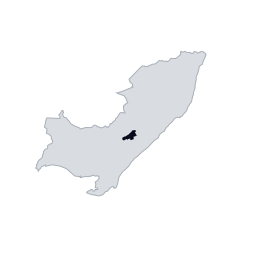 Leoncio Prado, Huánuco, Peru (highlighted), rotated 247°
{"feature_id": "86281439B17589046188801", "entity_name": "Leoncio Prado", "entity_type": "district", "adm_level": 2, "iso_a3": "PER", "parent_name": "Peru", "parent_adm1": "Huánuco", "projection": "equal_earth", "projection_center": [-76.069, -8.961], "detail": "fine", "context": "in_parent", "style": "filled", "palette": "ink", "viewbox_px": 256, "rotation_deg": 247, "n_neighbors": 0, "source": "geoboundaries", "source_scale": "gbopen_adm2", "svg_char_len": 6157}
<svg xmlns="http://www.w3.org/2000/svg" viewBox="0 0 256 256"><g transform="rotate(247 128 128)"><path d="M169.7,74.0L169.7,74.7L169.0,75.1L168.4,74.5L167.5,74.7L166.1,73.0L162.9,73.3L161.4,75.2L159.3,75.7L156.9,76.6L154.3,76.9L150.1,80.1L149.2,81.3L147.3,83.2L145.7,83.8L144.9,89.4L143.4,92.7L142.8,94.6L143.7,97.3L143.6,98.6L142.8,99.7L142.1,99.8L140.7,101.0L138.5,103.5L138.2,105.4L138.8,107.9L138.6,108.2L136.8,108.7L136.9,110.1L136.5,110.6L138.0,112.7L138.8,113.1L138.9,113.7L138.7,114.2L138.4,114.4L138.4,114.8L139.4,116.3L140.2,119.4L141.8,120.8L141.8,121.8L142.2,122.7L143.0,123.5L144.9,126.5L144.9,127.9L143.0,131.1L146.2,131.1L149.7,132.2L150.2,132.7L150.7,134.1L150.7,135.1L151.4,135.8L151.3,137.6L156.0,137.6L159.0,137.2L164.0,131.8L164.8,131.4L164.3,132.5L164.3,133.4L164.5,134.3L164.0,135.6L163.8,148.6L164.7,147.9L165.9,149.2L166.7,149.2L169.4,147.8L172.5,148.0L179.6,165.0L179.0,166.1L179.0,167.0L178.1,167.7L177.2,169.1L177.1,175.8L176.3,177.9L176.7,178.9L177.1,181.1L177.8,182.4L177.9,183.2L177.8,183.5L176.8,184.2L176.8,185.5L174.9,187.8L174.6,189.5L173.9,190.0L173.8,191.8L175.4,194.8L174.3,196.6L173.3,199.2L174.9,204.7L175.5,205.5L176.2,205.5L177.3,205.9L177.9,206.8L176.5,207.8L176.3,208.3L176.4,210.1L174.9,211.4L173.0,214.9L172.4,215.1L171.5,216.1L171.3,216.6L171.4,217.1L172.3,218.1L172.3,219.4L170.9,220.9L169.9,221.1L169.6,221.5L169.9,223.6L169.9,224.6L169.6,225.7L168.9,226.9L166.8,228.2L164.9,228.5L161.8,225.3L160.8,224.0L157.6,221.3L157.2,218.5L156.1,217.1L154.2,216.1L152.6,214.6L151.5,214.0L148.6,210.8L146.0,209.8L141.1,206.4L138.5,205.3L135.1,202.1L133.3,201.3L131.8,199.8L127.4,196.7L126.7,195.7L126.0,194.2L125.0,193.2L123.9,191.1L122.3,189.9L120.7,188.2L118.8,183.8L117.8,182.8L117.8,180.8L117.1,179.8L118.1,179.2L118.7,176.1L118.4,174.5L116.1,170.3L115.7,168.5L114.0,165.3L113.4,163.3L112.1,161.9L111.5,160.7L110.8,160.1L110.8,158.6L110.2,155.8L109.5,154.4L106.9,151.7L106.6,148.8L106.0,146.7L102.3,138.5L100.2,130.6L98.4,126.2L97.7,123.7L97.6,122.3L96.2,120.0L95.5,117.9L92.5,113.7L90.8,109.1L90.5,107.8L89.4,105.2L87.4,102.0L86.5,100.6L80.7,96.6L78.0,94.1L77.7,92.8L77.8,92.1L78.4,91.4L79.2,91.9L79.7,91.7L80.1,90.8L80.1,89.4L79.6,87.7L77.8,84.3L78.3,82.7L76.4,78.8L76.8,74.9L77.2,74.0L80.0,70.1L80.8,68.4L82.0,67.4L83.2,65.8L84.7,64.6L85.1,65.0L85.5,67.1L85.4,68.5L85.9,70.0L84.8,71.4L83.7,71.1L83.3,71.5L83.1,72.1L83.3,73.2L83.6,73.6L84.4,73.7L83.3,75.7L83.4,76.1L84.2,76.5L84.9,76.0L85.7,74.8L86.2,74.6L89.0,76.6L90.3,76.4L91.3,77.3L91.4,78.8L92.8,81.6L94.9,82.3L95.3,82.1L95.8,81.0L96.2,80.9L96.3,79.3L98.1,77.6L98.4,76.4L98.1,75.6L98.2,75.0L99.2,71.2L99.6,70.8L99.9,69.6L100.3,68.9L100.9,64.7L101.4,64.7L101.9,65.7L102.4,65.5L102.2,64.5L102.2,64.2L104.3,60.8L104.9,60.1L114.6,55.5L119.4,50.7L123.7,44.0L125.0,37.3L125.5,37.8L126.3,37.6L126.1,34.9L126.3,33.6L126.2,33.2L124.9,31.6L124.4,29.8L123.2,28.8L123.3,28.4L124.5,28.8L125.6,28.7L126.6,27.5L127.3,27.6L128.8,29.2L130.0,29.3L130.4,30.4L131.6,31.2L133.2,33.5L133.9,36.0L133.9,36.5L134.6,37.8L136.2,38.5L137.7,40.3L139.4,40.9L140.1,42.6L140.6,43.1L140.8,44.1L140.5,45.2L140.8,45.8L142.0,46.8L143.0,46.9L143.2,47.4L143.8,50.1L143.4,51.5L143.6,52.3L144.9,53.0L145.3,53.6L146.4,53.7L147.9,53.1L149.8,54.0L151.3,53.7L151.9,53.4L152.6,52.8L153.2,52.8L154.7,51.1L155.1,50.9L156.7,51.7L158.0,52.9L159.7,52.7L160.3,52.0L161.5,51.5L163.7,53.0L164.2,53.7L164.8,53.9L167.1,55.4L167.5,55.9L168.7,56.5L168.9,57.0L168.9,57.5L163.4,69.0L165.1,69.9L166.7,69.3L167.5,70.1L168.1,71.9L169.3,73.2L169.7,74.0Z" fill="#d9dde1" stroke="#a8b0b8" stroke-width="1"/><path d="M119.1,119.5L119.3,119.7L119.2,119.8L119.3,119.9L119.3,120.0L119.2,120.3L119.1,120.6L119.1,121.0L119.1,121.3L119.1,121.5L119.1,121.8L119.2,122.0L119.2,122.3L119.2,122.5L119.3,122.6L119.2,122.7L119.3,122.8L119.2,122.8L119.2,122.7L119.1,122.8L119.1,123.0L119.0,123.3L118.9,123.3L119.0,123.4L118.9,123.5L118.8,123.9L118.7,123.9L118.5,124.0L118.4,124.1L118.3,124.3L118.4,124.2L118.5,124.2L118.6,124.3L118.5,124.5L118.5,124.8L118.4,124.8L118.3,125.0L118.3,125.3L118.4,125.5L118.4,125.8L118.4,125.7L118.3,126.0L118.2,126.2L118.1,126.3L117.9,126.5L117.7,126.6L117.3,126.8L117.1,126.8L117.1,126.7L116.9,126.6L116.7,126.4L116.5,126.5L116.4,126.5L116.3,128.4L116.5,128.5L116.8,128.5L117.1,128.6L117.3,128.7L117.5,128.6L117.8,128.6L117.9,128.8L118.0,128.9L118.1,128.6L118.1,128.3L118.2,128.2L118.3,128.1L118.3,128.4L118.3,128.5L118.4,128.8L118.5,128.8L118.5,128.7L118.6,128.8L118.8,128.8L119.0,128.8L119.3,128.8L119.5,129.0L119.5,129.3L119.6,129.5L119.6,129.8L119.4,129.8L119.2,129.9L118.9,130.1L118.6,130.3L118.5,130.5L118.4,130.7L118.3,130.8L118.3,131.0L118.3,131.3L118.5,131.4L118.5,131.5L118.5,131.8L118.5,132.0L118.6,131.9L118.8,131.7L119.0,131.8L119.0,131.7L119.1,131.8L119.3,131.8L119.4,131.7L119.5,131.8L119.6,131.7L119.7,131.8L119.8,131.8L119.9,132.0L120.0,132.1L120.3,132.1L120.5,132.0L120.6,131.9L120.9,131.7L121.0,131.5L121.0,131.4L121.2,131.2L121.4,131.2L121.5,131.2L121.7,130.9L121.8,130.9L121.8,131.0L121.8,130.9L121.9,131.0L121.9,131.3L121.9,131.5L121.9,131.8L122.0,131.9L122.0,132.0L122.0,132.3L122.1,132.5L122.2,132.8L122.2,133.0L122.3,133.1L122.4,133.3L122.5,133.3L122.5,133.1L122.6,132.9L122.8,132.8L122.8,132.5L122.9,132.2L123.0,131.9L123.2,131.5L123.2,131.2L122.9,131.2L122.9,130.9L122.8,130.7L122.7,130.6L122.7,130.4L122.5,130.0L122.5,129.9L122.5,129.7L122.4,129.6L122.3,129.4L122.2,129.2L122.1,128.9L122.0,129.0L121.9,128.8L121.8,128.6L121.8,128.4L121.8,128.2L121.7,128.0L121.6,127.9L121.7,127.7L121.5,127.4L121.5,127.2L121.4,127.1L121.3,126.9L121.2,126.9L121.2,126.7L121.0,126.4L121.1,126.1L121.0,125.8L121.0,125.7L121.0,125.4L120.9,125.4L120.8,125.1L120.8,124.9L120.8,124.5L120.8,124.4L120.8,124.1L120.7,123.9L120.7,123.7L120.6,123.4L120.5,123.2L120.4,122.9L120.3,122.7L120.4,122.3L120.4,122.1L120.5,122.1L120.5,121.9L120.4,121.9L120.5,121.8L120.4,121.7L120.5,121.5L120.4,121.5L120.4,121.2L120.5,121.1L120.5,120.9L120.5,120.6L120.4,120.6L120.5,120.6L120.6,120.3L120.6,120.2L120.5,119.5L120.4,119.5L120.4,119.3L120.3,119.2L120.2,119.1L120.2,118.9L120.1,119.1L119.9,119.2L119.8,119.3L119.7,119.2L119.4,119.2L119.2,119.4L119.1,119.5Z" fill="#0f172a" stroke="#020617" stroke-width="1.5"/></g></svg>